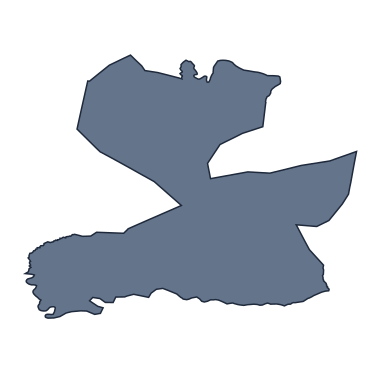 the district of Ixpantepec Nieves, Oaxaca, Mexico, rotated 93°
{"feature_id": "50627088B88531455891117", "entity_name": "Ixpantepec Nieves", "entity_type": "district", "adm_level": 2, "iso_a3": "MEX", "parent_name": "Mexico", "parent_adm1": "Oaxaca", "projection": "equal_earth", "projection_center": [-98.013, 17.504], "detail": "fine", "context": "isolated", "style": "filled", "palette": "slate", "viewbox_px": 384, "rotation_deg": 93, "n_neighbors": 0, "source": "geoboundaries", "source_scale": "gbopen_adm2", "svg_char_len": 4959}
<svg xmlns="http://www.w3.org/2000/svg" viewBox="0 0 384 384"><g transform="rotate(93 192 192)"><path d="M135.2,310.1L138.3,306.6L153.7,289.3L156.7,285.8L160.8,277.0L168.8,260.4L178.4,240.9L178.6,240.4L183.6,230.3L206.0,201.9L220.8,231.5L228.5,246.8L232.1,253.9L232.8,254.4L236.8,258.1L237.2,285.2L241.3,290.8L241.7,295.1L242.0,299.1L241.3,302.3L240.6,305.9L240.4,307.1L240.8,308.2L240.8,309.2L242.5,310.8L242.4,311.5L242.4,311.9L242.9,312.9L243.1,314.7L243.6,315.7L244.4,315.8L244.1,317.0L243.9,318.2L245.2,320.0L245.1,321.4L245.9,321.4L246.2,322.0L246.4,322.4L246.7,322.9L246.7,323.8L247.4,324.0L247.2,325.7L247.9,326.4L248.2,327.5L248.7,327.7L248.9,327.8L249.9,330.9L249.3,333.4L251.2,337.1L252.3,337.0L253.3,337.8L253.6,340.2L254.6,341.0L255.5,340.9L255.7,343.7L256.9,343.7L257.3,345.1L258.7,345.7L259.0,347.0L260.5,347.9L261.4,349.0L261.7,350.7L263.9,351.4L265.5,351.3L266.4,352.2L268.5,350.4L269.7,349.6L270.4,350.5L271.5,350.6L273.4,349.4L274.4,350.6L275.7,348.9L277.2,350.7L278.8,350.9L280.3,351.3L282.2,354.2L282.5,348.1L283.1,345.1L284.8,345.8L286.1,347.4L287.3,351.2L288.2,352.3L289.4,352.9L290.4,352.8L291.6,351.6L292.6,349.8L293.1,347.6L293.0,345.2L293.2,343.4L293.7,342.3L294.5,342.5L295.4,342.8L296.3,343.2L297.0,343.8L297.8,344.6L298.7,345.3L299.6,345.6L300.5,345.5L301.4,345.1L302.0,344.7L303.1,343.6L304.1,342.5L304.7,341.6L305.5,340.5L306.9,339.0L307.8,337.2L309.2,338.1L310.4,338.4L311.7,338.4L313.0,339.4L314.1,339.8L315.4,339.5L316.7,338.8L317.5,338.4L318.2,337.0L318.4,336.0L318.5,335.0L318.6,334.1L318.5,333.0L318.3,331.6L317.2,330.1L314.8,328.2L314.2,327.0L313.9,325.4L313.8,323.8L314.5,322.6L315.7,322.5L317.0,322.8L318.9,323.1L321.4,324.3L321.7,326.0L321.6,328.3L321.7,330.2L322.1,331.3L322.9,332.0L324.3,332.0L324.9,331.4L325.5,329.3L325.0,323.3L323.3,317.4L319.4,311.3L317.8,306.0L316.5,296.9L316.4,290.9L319.3,282.8L318.0,277.1L312.3,274.7L311.1,280.1L306.0,288.6L302.5,285.6L303.2,278.4L306.8,272.8L306.5,265.0L300.9,262.6L300.3,253.7L299.3,251.5L297.2,244.9L298.3,237.6L299.5,229.8L295.1,227.5L291.0,222.5L289.8,216.1L291.6,210.5L294.6,201.9L296.7,199.2L298.0,197.4L298.1,196.9L299.4,195.2L299.8,191.6L299.1,189.3L297.9,187.0L297.7,186.3L297.3,184.7L296.9,183.0L296.6,181.7L297.3,180.6L298.2,179.0L298.8,178.3L300.6,176.6L301.2,174.0L300.3,170.8L298.7,167.8L298.6,165.1L298.2,162.9L298.5,160.0L299.4,157.4L300.5,154.5L301.9,151.2L301.2,148.1L300.7,145.7L301.2,144.0L302.0,140.3L302.3,137.6L302.5,134.3L301.6,130.5L301.3,127.9L300.8,124.5L300.9,120.8L301.5,118.4L301.2,115.9L299.7,112.8L299.0,110.8L299.4,108.9L299.9,107.7L299.7,105.7L299.4,101.5L299.8,98.0L300.2,96.0L300.9,93.8L300.5,93.0L299.3,90.8L299.0,89.7L298.8,87.6L297.8,86.5L297.2,85.2L297.1,83.1L295.5,75.4L295.1,74.7L292.2,70.7L291.7,69.3L290.3,66.8L289.1,65.1L285.2,57.2L284.0,53.6L283.5,50.3L282.3,50.0L281.2,50.5L280.4,51.9L279.4,51.7L278.8,52.7L277.8,52.6L277.3,53.0L276.2,53.3L273.8,56.0L273.2,55.9L272.3,56.5L270.4,56.7L268.8,57.3L267.4,56.5L262.9,56.5L261.0,57.2L258.2,56.8L243.5,71.7L234.8,77.0L219.3,86.2L219.9,66.3L219.9,65.6L213.3,53.8L196.0,41.2L186.0,35.6L177.5,34.5L177.2,34.4L173.9,33.9L156.6,31.7L150.0,30.8L142.9,29.8L153.8,56.1L159.8,84.4L169.1,115.2L169.0,137.3L177.7,174.2L162.6,178.0L150.2,170.7L149.4,170.2L145.8,168.1L145.0,167.6L143.1,166.5L142.0,164.5L141.2,163.1L140.5,161.9L139.9,160.8L137.9,157.2L130.8,144.7L123.1,124.7L99.7,123.1L98.8,122.9L98.1,123.3L95.4,123.0L92.8,121.9L92.0,120.4L91.1,119.6L89.0,118.6L87.2,118.6L85.1,117.5L83.8,116.1L82.3,114.4L81.3,112.8L80.0,110.8L79.1,109.6L77.0,109.3L75.2,109.7L73.3,110.1L72.4,110.4L71.8,111.7L71.7,111.9L71.6,117.2L71.8,121.7L71.8,123.0L71.1,124.4L70.1,127.4L69.5,129.9L69.1,131.7L68.9,133.7L68.8,135.6L68.4,139.0L68.0,142.2L67.6,146.6L66.4,149.5L65.4,151.8L64.8,152.8L63.8,154.7L62.1,156.9L61.0,157.9L60.3,158.9L59.9,160.0L59.2,162.0L58.8,165.1L58.8,167.9L59.1,170.7L59.9,173.2L62.9,175.0L64.9,176.3L66.4,177.0L68.0,177.1L69.6,177.1L70.8,177.2L72.0,177.1L73.4,178.0L74.4,178.5L77.1,179.5L78.5,179.7L80.0,180.3L81.2,180.9L81.6,181.7L81.4,182.7L79.4,183.5L78.7,183.4L76.3,183.2L75.6,184.2L75.7,185.8L77.3,187.9L78.2,189.3L78.9,190.6L78.9,191.9L78.1,193.6L77.6,194.6L77.1,195.6L76.5,196.1L75.5,196.3L74.8,195.4L74.6,194.6L74.4,193.3L73.9,192.9L72.6,193.3L70.8,194.6L69.7,195.6L68.8,196.5L68.0,196.8L66.5,196.3L65.7,196.2L65.1,196.7L64.4,197.4L63.5,198.5L62.6,199.1L61.9,200.0L61.6,200.8L62.0,201.9L60.7,204.9L62.8,207.5L65.3,209.6L67.4,209.4L69.4,210.4L71.1,209.2L71.4,208.9L71.6,208.5L71.9,208.3L72.4,208.0L73.0,208.3L73.2,208.6L73.4,209.0L73.6,209.2L74.3,210.2L74.5,210.1L74.8,209.9L75.3,209.5L75.6,209.1L75.8,208.5L76.1,208.3L76.2,207.9L76.6,207.7L77.1,207.8L77.2,208.0L77.6,208.2L78.1,208.2L78.6,208.2L79.1,208.3L79.5,208.1L78.9,210.7L78.4,213.1L76.5,222.4L74.5,232.5L73.2,245.4L68.7,248.8L63.7,254.7L58.5,260.6L62.2,267.5L69.7,281.2L78.0,290.5L78.7,291.3L86.2,299.6L86.7,300.2L86.6,301.9L93.5,303.1L115.9,306.9L135.2,310.1Z" fill="#64748b" stroke="#1e293b" stroke-width="1.5"/></g></svg>